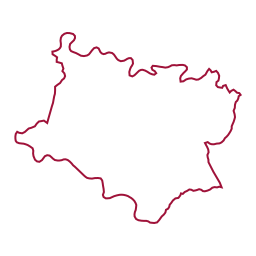 Anita Garibaldi, Santa Catarina, Brazil (orthographic projection)
{"feature_id": "56859067B7294135466211", "entity_name": "Anita Garibaldi", "entity_type": "district", "adm_level": 2, "iso_a3": "BRA", "parent_name": "Brazil", "parent_adm1": "Santa Catarina", "projection": "orthographic", "projection_center": [-51.083, -27.731], "detail": "fine", "context": "isolated", "style": "outline", "palette": "rose", "viewbox_px": 256, "rotation_deg": 0, "n_neighbors": 0, "source": "geoboundaries", "source_scale": "gbopen_adm2", "svg_char_len": 3732}
<svg xmlns="http://www.w3.org/2000/svg" viewBox="0 0 256 256"><path d="M73.1,34.0L69.6,33.1L66.9,33.0L64.4,33.8L62.0,35.7L60.9,37.8L60.5,40.7L60.9,43.8L60.8,46.6L59.8,48.3L58.5,49.5L56.4,50.6L54.6,51.2L52.4,51.6L52.6,54.3L54.9,55.7L57.1,57.3L56.7,59.6L56.7,61.9L59.4,62.6L61.8,63.3L62.3,65.3L63.4,68.6L62.4,71.1L64.4,73.4L65.1,76.1L64.1,78.4L62.0,80.1L60.1,83.0L57.5,84.8L55.1,86.7L55.1,90.6L54.9,93.8L54.2,96.3L53.6,99.5L53.0,102.9L51.9,106.3L48.4,118.6L47.2,123.0L43.9,120.6L41.4,121.1L38.9,121.5L36.7,123.7L34.9,126.3L31.3,127.8L28.7,128.5L26.9,130.1L24.8,132.0L22.2,133.3L19.1,132.8L17.2,131.8L15.8,133.9L15.4,136.2L15.4,138.5L15.7,140.8L16.8,142.3L19.1,143.2L21.7,143.5L23.7,143.7L25.7,144.3L27.6,145.0L30.1,146.5L32.6,148.3L33.3,150.7L33.1,153.5L33.5,156.1L35.0,159.7L37.0,161.4L39.4,161.8L42.0,160.1L43.7,157.8L44.9,156.2L47.2,155.2L49.6,155.6L51.5,157.2L52.8,158.5L54.8,160.0L57.5,160.5L59.5,160.5L61.6,160.2L63.7,159.4L65.6,159.3L67.7,160.0L69.7,161.5L71.6,163.4L73.1,165.3L74.7,166.6L78.7,170.4L84.1,175.6L85.6,176.9L87.1,177.9L89.3,178.4L92.0,178.6L94.8,178.1L98.0,178.0L100.7,178.4L102.2,180.5L102.7,183.2L103.0,185.5L103.6,188.9L103.9,192.1L102.9,194.9L103.6,197.0L105.7,198.3L107.7,198.3L109.9,198.1L111.9,197.2L114.1,196.2L116.8,195.4L119.6,194.8L121.7,194.7L123.8,194.9L126.0,195.4L128.0,196.1L129.6,197.1L131.2,198.0L132.8,199.3L134.4,201.0L135.6,203.1L136.3,205.0L136.1,207.2L135.7,210.0L134.9,212.0L134.5,214.2L134.6,216.4L136.1,219.0L138.4,220.2L141.4,220.7L144.4,220.9L146.5,220.9L148.3,221.4L150.1,222.6L154.2,223.0L157.1,222.4L159.3,219.9L161.7,216.5L163.9,214.5L165.4,212.5L166.0,209.8L168.1,208.7L169.3,206.7L169.7,204.7L171.1,203.1L172.9,200.5L175.4,198.4L178.4,197.9L180.3,195.4L181.0,193.4L182.8,193.9L184.7,192.0L187.1,190.9L189.3,189.5L191.2,189.7L193.4,190.8L195.6,190.4L197.3,189.9L199.1,189.2L201.3,189.8L202.9,191.1L204.8,191.3L207.5,190.6L210.1,189.5L212.3,187.7L214.5,187.1L217.1,187.4L219.2,186.7L221.6,187.3L219.8,182.7L213.4,171.8L208.5,162.2L208.4,159.6L207.7,157.3L207.4,155.0L208.6,152.3L208.2,149.4L207.1,146.9L206.1,145.1L205.0,143.0L207.7,142.1L209.7,143.6L211.5,144.2L213.9,144.3L216.7,143.6L219.5,143.4L221.5,142.4L223.6,140.5L224.9,138.2L226.6,136.7L228.2,134.9L229.5,132.9L230.6,131.1L231.7,128.7L231.7,126.3L232.5,124.4L233.6,121.9L234.4,119.4L235.0,117.1L234.6,114.2L233.6,110.8L234.8,107.9L235.0,104.7L235.8,102.0L237.3,100.6L238.3,98.4L238.7,96.2L240.6,94.9L239.3,93.1L237.0,92.7L235.4,91.1L233.5,89.7L231.2,90.9L229.7,92.5L228.6,90.8L227.2,88.5L225.7,85.1L223.1,85.9L222.2,87.8L220.0,87.5L217.9,87.1L216.2,85.3L216.5,82.1L218.4,80.6L218.9,78.5L219.2,75.8L218.0,72.9L216.2,70.9L213.9,71.8L211.7,72.3L210.5,70.2L209.1,68.9L207.4,71.1L205.4,74.7L203.3,76.1L201.2,77.9L198.4,79.5L196.2,79.7L194.1,79.0L191.6,78.3L188.8,78.6L186.2,79.4L183.4,81.3L180.6,81.6L180.2,78.3L180.9,76.0L182.2,74.5L183.5,73.0L185.2,71.4L186.9,69.5L186.9,67.2L184.9,65.4L182.8,64.9L179.2,65.0L176.7,65.4L174.3,65.1L171.8,65.3L169.6,66.5L167.9,67.2L165.3,67.6L162.6,67.1L160.2,66.8L156.3,66.1L152.8,65.8L151.5,67.6L152.4,69.8L154.7,71.1L156.2,73.2L154.3,74.7L152.2,74.3L149.9,73.4L147.4,71.8L145.2,70.6L142.7,69.8L141.0,69.9L139.2,70.7L137.7,72.1L136.0,73.8L134.4,75.3L132.3,76.4L129.6,75.4L129.3,72.0L130.1,69.1L130.9,67.2L132.0,65.6L133.0,63.6L132.6,60.0L130.9,58.1L129.1,58.1L127.3,58.8L125.7,59.8L124.0,60.7L120.8,61.2L118.3,60.1L116.8,58.7L115.3,56.5L113.9,54.5L112.1,53.0L109.0,52.4L107.1,52.9L105.2,53.8L103.5,54.1L101.7,53.4L100.3,51.9L98.7,48.5L96.6,47.4L94.1,48.1L92.0,50.4L90.2,52.8L88.9,54.4L87.0,55.5L83.9,56.1L80.9,55.7L78.6,54.4L76.1,53.1L73.4,52.1L71.1,51.1L69.9,49.4L69.5,46.9L70.1,44.0L71.7,42.4L74.0,40.2L75.0,38.0L74.9,35.9L73.1,34.0Z" fill="none" stroke="#9f1239" stroke-width="2"/></svg>